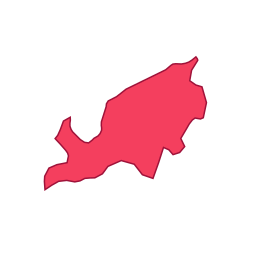 outline of Barahona, rotated 212°
{"feature_id": "DOM-1970", "entity_name": "Barahona", "entity_type": "Province", "adm_level": 1, "iso_a3": "DOM", "parent_name": "Dominican Republic", "parent_adm1": "", "projection": "robinson", "projection_center": [-71.169, 18.186], "detail": "fine", "context": "isolated", "style": "filled", "palette": "rose", "viewbox_px": 256, "rotation_deg": 212, "n_neighbors": 0, "source": "natural_earth", "source_scale": "10m", "svg_char_len": 1125}
<svg xmlns="http://www.w3.org/2000/svg" viewBox="0 0 256 256"><g transform="rotate(212 128 128)"><path d="M182.7,106.5L181.1,104.2L179.8,101.3L178.2,98.8L175.6,96.7L173.0,95.4L162.3,92.9L157.3,92.8L153.5,94.5L151.9,98.8L151.4,101.2L149.2,105.3L148.7,108.5L149.2,112.1L150.4,114.1L152.0,116.0L153.8,119.1L157.8,134.5L159.1,137.1L159.1,140.5L154.3,148.5L150.2,159.9L126.9,197.3L124.8,203.8L123.8,206.0L121.5,207.8L116.6,210.6L113.5,213.4L111.3,216.2L109.7,219.6L108.1,224.3L106.3,223.6L105.6,223.2L104.8,222.5L104.7,221.7L104.7,210.7L100.7,200.8L93.3,200.4L87.1,202.1L74.9,191.1L69.6,176.6L71.3,174.1L73.9,173.0L76.4,172.0L77.7,168.9L78.2,163.8L78.0,158.6L77.7,147.1L70.1,142.3L71.2,134.6L75.7,129.3L81.9,131.2L87.6,130.3L83.7,114.8L80.1,98.5L91.0,96.0L103.5,100.6L116.5,96.8L124.7,84.8L125.4,75.6L129.7,68.2L133.9,65.4L137.9,62.4L140.7,57.7L144.6,54.1L152.2,51.1L158.6,46.0L162.4,39.0L165.7,31.7L170.6,38.4L173.1,43.0L173.8,52.1L168.9,59.2L161.3,66.3L162.5,69.5L163.7,72.8L166.0,74.8L169.1,76.1L177.1,78.5L184.2,80.4L183.7,84.5L184.5,90.5L186.4,99.7L182.7,106.5Z" fill="#f43f5e" stroke="#9f1239" stroke-width="1.5"/></g></svg>